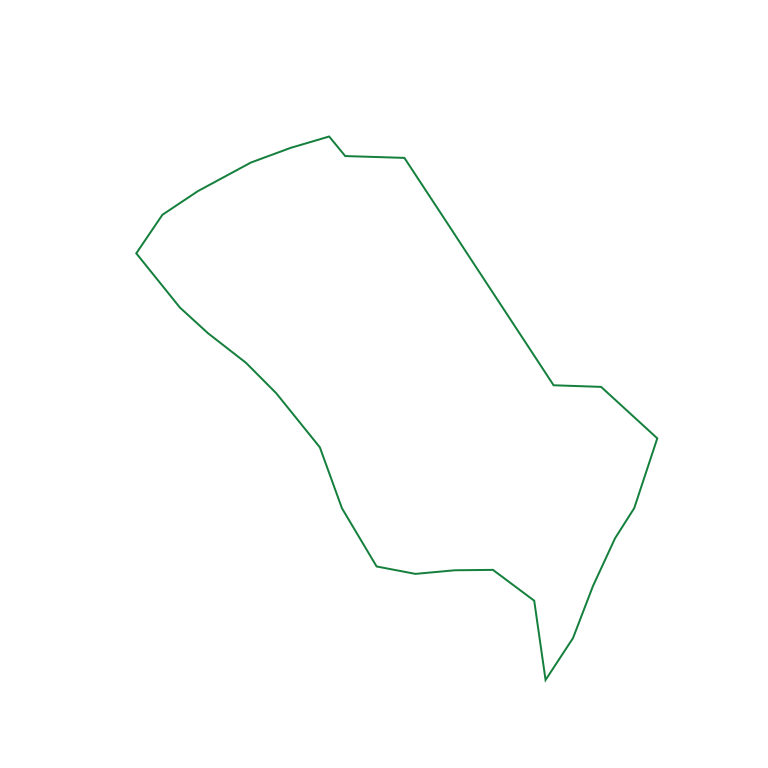 the district of Perivolia Trikomou, Cyprus, rotated 111°
{"feature_id": "46923920B19952645693487", "entity_name": "Perivolia Trikomou", "entity_type": "district", "adm_level": 2, "iso_a3": "CYP", "parent_name": "Cyprus", "parent_adm1": "", "projection": "natural_earth1", "projection_center": [33.915, 35.283], "detail": "fine", "context": "isolated", "style": "outline", "palette": "green", "viewbox_px": 768, "rotation_deg": 111, "n_neighbors": 0, "source": "geoboundaries", "source_scale": "gbopen_adm2", "svg_char_len": 550}
<svg xmlns="http://www.w3.org/2000/svg" viewBox="0 0 768 768"><g transform="rotate(111 384 384)"><path d="M410.2,105.9L336.8,109.4L308.9,180.3L324.4,225.2L286.4,278.0L255.5,321.0L232.2,353.4L211.4,382.2L165.6,446.0L185.1,501.9L172.6,523.9L197.0,555.8L225.0,587.7L270.4,626.7L305.4,651.5L350.8,662.1L385.8,601.9L399.7,566.5L413.7,520.4L431.2,481.4L466.1,421.2L515.1,378.7L557.0,325.5L550.0,286.6L532.5,251.1L518.5,215.7L532.5,166.1L602.4,127.1L553.5,116.5L497.6,116.5L445.2,113.0L410.2,105.9Z" fill="none" stroke="#15803d" stroke-width="2"/></g></svg>